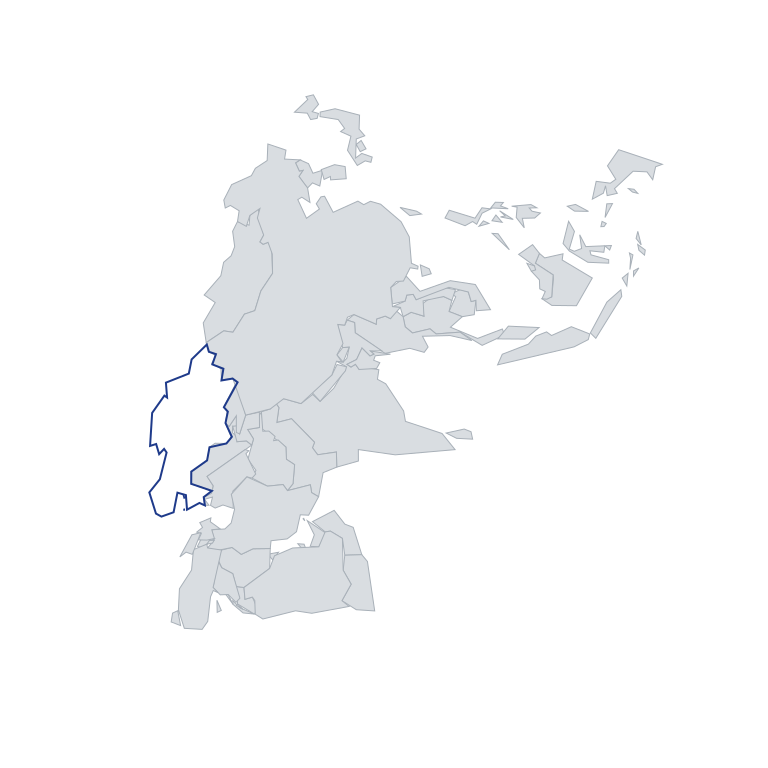 Asia, with Kazakhstan highlighted, rotated 286°
{"feature_id": "KAZ", "entity_name": "Kazakhstan", "entity_type": "country or territory", "adm_level": 0, "iso_a3": "KAZ", "parent_name": "Asia", "parent_adm1": "", "projection": "equal_earth", "projection_center": [65.802, 47.999], "detail": "coarse", "context": "in_parent", "style": "outline", "palette": "blue", "viewbox_px": 768, "rotation_deg": 286, "n_neighbors": 45, "source": "natural_earth", "source_scale": "50m", "svg_char_len": 13154}
<svg xmlns="http://www.w3.org/2000/svg" viewBox="0 0 768 768"><g transform="rotate(286 384 384)"><path d="M233.8,248.1L234.7,226.2L246.5,222.8L261.9,235.0L275.1,233.6L280.5,238.0L283.4,249.0L290.6,252.0L302.8,242.3L300.5,246.8L312.8,250.8L307.0,255.2L301.5,254.7L301.7,250.2L295.5,251.6L291.9,258.9L288.0,258.6L291.4,267.4L288.8,273.7L246.4,239.4L239.0,248.0L233.8,248.1Z" fill="#d9dde1" stroke="#a8b0b8" stroke-width="1"/><path d="M673.9,545.0L671.9,591.0L667.7,585.2L654.4,586.0L660.4,578.3L657.2,564.8L635.3,551.7L631.6,555.7L626.6,546.6L635.6,542.3L627.9,542.3L619.1,533.3L637.3,532.1L639.4,546.2L644.7,550.4L655.3,538.7L673.9,545.0ZM588.1,589.4L584.8,598.2L579.7,598.9L582.8,592.2L588.1,589.4ZM637.2,575.4L637.0,570.0L639.2,565.1L640.1,570.6L637.2,575.4ZM552.4,497.4L549.5,503.7L558.5,520.2L552.3,521.1L543.3,555.0L512.3,547.4L505.8,523.7L509.5,512.4L514.0,521.2L531.3,518.0L535.5,516.5L541.8,496.2L552.4,497.4ZM605.0,550.6L618.6,548.5L620.4,553.9L605.0,550.6ZM599.6,553.4L596.0,552.1L595.0,549.1L600.4,548.8L599.6,553.4ZM605.4,511.2L609.4,518.6L606.3,533.0L602.7,519.5L605.4,511.2ZM568.4,517.4L591.3,516.6L583.2,525.0L564.8,524.9L564.0,530.3L568.7,536.6L581.4,531.0L571.7,540.1L579.8,564.4L575.0,564.0L577.7,558.2L571.2,559.0L568.8,545.2L565.2,547.4L565.4,565.7L562.1,566.7L557.2,546.4L562.9,525.5L568.4,517.4ZM565.8,597.0L556.5,594.1L561.5,592.7L565.8,597.0ZM561.8,588.8L572.8,586.4L577.6,583.8L576.7,587.7L561.8,588.8ZM551.5,583.8L557.7,588.1L545.1,590.4L551.5,583.8ZM490.0,568.3L524.2,575.7L539.9,585.7L533.8,588.4L486.3,575.0L490.0,568.3ZM476.8,531.7L490.7,548.3L488.8,568.0L483.0,568.1L472.1,556.5L433.7,487.9L445.2,489.5L462.1,511.8L471.9,516.7L478.9,525.9L476.8,531.7Z" fill="#d9dde1" stroke="#a8b0b8" stroke-width="1"/><path d="M588.6,592.9L593.4,586.2L600.7,585.9L588.6,592.9Z" fill="#d9dde1" stroke="#a8b0b8" stroke-width="1"/><path d="M134.2,298.3L129.1,307.4L127.1,322.8L125.1,311.6L130.6,299.5L134.2,298.3Z" fill="#d9dde1" stroke="#a8b0b8" stroke-width="1"/><path d="M138.7,292.3L130.7,299.5L138.2,289.8L138.7,292.3Z" fill="#d9dde1" stroke="#a8b0b8" stroke-width="1"/><path d="M132.2,303.9L128.5,310.7L130.6,303.1L132.2,303.9Z" fill="#d9dde1" stroke="#a8b0b8" stroke-width="1"/><path d="M132.2,303.9L148.6,297.6L149.8,305.5L138.7,309.7L142.9,316.2L132.6,324.8L127.1,322.8L132.2,303.9Z" fill="#d9dde1" stroke="#a8b0b8" stroke-width="1"/><path d="M207.6,357.8L219.8,358.6L231.5,347.9L224.5,369.6L209.5,366.2L207.6,357.8Z" fill="#d9dde1" stroke="#a8b0b8" stroke-width="1"/><path d="M203.9,354.4L203.8,349.5L206.7,345.2L208.0,351.3L203.9,354.4Z" fill="#d9dde1" stroke="#a8b0b8" stroke-width="1"/><path d="M188.3,319.1L193.2,329.0L184.3,325.4L188.3,319.1Z" fill="#d9dde1" stroke="#a8b0b8" stroke-width="1"/><path d="M149.8,305.5L148.6,297.6L160.0,290.9L162.6,278.7L170.3,272.2L179.6,273.6L185.0,283.0L180.9,293.8L189.5,303.5L194.5,320.0L175.2,324.9L149.8,305.5Z" fill="#d9dde1" stroke="#a8b0b8" stroke-width="1"/><path d="M225.6,368.2L232.0,353.2L248.8,370.9L238.5,385.0L237.7,393.9L213.8,409.7L208.6,393.5L224.1,386.6L227.8,373.0L225.6,368.2ZM232.7,343.9L230.6,345.6L232.1,343.4L232.7,343.9Z" fill="#d9dde1" stroke="#a8b0b8" stroke-width="1"/><path d="M470.3,440.7L471.6,426.5L487.6,428.9L489.6,424.1L495.9,431.3L495.7,439.7L487.3,445.1L489.8,449.3L475.5,451.6L470.3,440.7Z" fill="#d9dde1" stroke="#a8b0b8" stroke-width="1"/><path d="M483.1,426.2L471.6,426.5L470.3,440.7L456.9,432.2L453.6,461.4L469.5,482.6L464.4,486.4L448.2,467.7L454.8,442.8L446.5,420.3L449.7,413.0L440.9,397.3L444.8,388.6L454.0,383.8L460.4,390.3L460.2,403.7L470.8,398.2L479.1,404.3L484.5,417.2L483.1,426.2Z" fill="#d9dde1" stroke="#a8b0b8" stroke-width="1"/><path d="M494.4,426.7L483.1,426.2L484.5,417.2L474.7,398.7L460.2,403.7L460.4,390.3L454.0,383.8L462.1,378.6L460.7,370.8L469.5,381.4L475.8,381.4L478.2,387.4L473.9,391.7L493.2,414.8L494.4,426.7Z" fill="#d9dde1" stroke="#a8b0b8" stroke-width="1"/><path d="M454.0,383.8L444.8,388.6L440.9,397.3L449.7,413.0L446.5,420.3L454.8,442.8L450.0,456.5L448.8,434.2L440.5,407.8L431.7,416.2L425.5,413.9L425.4,398.9L413.7,376.5L425.3,342.2L435.0,338.8L435.2,331.0L442.5,336.0L439.3,360.1L444.5,359.0L449.6,366.5L448.6,372.2L458.4,374.0L454.0,383.8Z" fill="#d9dde1" stroke="#a8b0b8" stroke-width="1"/><path d="M479.9,452.6L489.8,449.3L487.3,445.1L495.7,439.7L494.8,419.7L473.9,391.7L478.2,387.4L475.8,381.4L469.5,381.4L463.2,369.8L478.6,363.8L493.6,376.0L483.0,393.1L501.6,419.2L504.8,444.4L484.8,465.9L479.9,452.6Z" fill="#d9dde1" stroke="#a8b0b8" stroke-width="1"/><path d="M576.3,241.6L575.0,250.7L567.0,257.6L572.6,266.1L556.6,267.7L557.6,259.8L551.4,256.5L554.1,252.6L560.1,245.0L567.0,247.2L565.2,244.0L572.2,238.0L576.3,241.6Z" fill="#d9dde1" stroke="#a8b0b8" stroke-width="1"/><path d="M564.1,270.0L572.8,264.6L581.2,276.0L582.3,286.7L570.9,291.1L565.5,276.4L568.7,275.3L564.1,270.0Z" fill="#d9dde1" stroke="#a8b0b8" stroke-width="1"/><path d="M374.8,201.7L392.9,193.4L415.8,199.3L420.0,186.6L443.1,197.3L456.8,196.3L465.1,201.7L474.9,202.6L489.1,196.4L499.8,198.4L499.5,210.5L509.1,208.6L518.5,214.3L494.0,227.3L486.4,225.6L485.0,229.3L488.2,233.5L483.0,238.7L459.6,246.4L439.5,240.0L418.9,239.6L412.7,230.6L392.1,224.5L390.9,215.3L374.8,201.7Z" fill="#d9dde1" stroke="#a8b0b8" stroke-width="1"/><path d="M435.2,331.0L435.0,338.8L425.3,342.2L415.3,372.7L412.0,362.0L410.0,366.3L407.0,362.8L412.5,352.9L400.0,350.9L392.7,343.0L391.2,347.6L395.1,351.1L391.1,356.1L394.3,357.9L396.3,375.1L386.7,376.4L384.7,385.6L363.5,410.3L354.0,414.9L352.4,453.5L340.5,470.4L319.0,414.3L313.9,377.4L302.9,380.6L291.1,361.5L305.5,357.0L297.7,339.7L303.0,332.8L308.8,333.3L325.1,304.7L317.4,291.6L332.3,289.5L336.7,284.1L342.2,291.6L342.3,309.6L354.3,318.3L349.7,327.4L366.1,336.9L390.2,343.2L392.8,332.1L393.8,338.7L398.5,341.2L409.8,340.4L407.6,334.2L428.5,323.1L429.8,330.0L435.2,331.0Z" fill="#d9dde1" stroke="#a8b0b8" stroke-width="1"/><path d="M412.0,362.0L414.4,382.0L408.7,367.8L404.0,367.5L403.3,374.1L396.9,372.6L391.1,356.1L395.1,351.1L391.2,347.6L392.7,343.0L400.0,350.9L412.5,352.9L407.0,362.8L410.0,366.3L412.0,362.0Z" fill="#d9dde1" stroke="#a8b0b8" stroke-width="1"/><path d="M407.6,334.2L409.8,340.4L393.8,338.7L399.0,330.7L407.6,334.2Z" fill="#d9dde1" stroke="#a8b0b8" stroke-width="1"/><path d="M389.8,333.5L390.2,343.2L386.1,343.3L349.7,327.4L356.3,316.8L378.3,331.4L389.8,333.5Z" fill="#d9dde1" stroke="#a8b0b8" stroke-width="1"/><path d="M336.7,284.1L332.3,289.5L317.4,291.6L325.1,304.7L308.8,333.3L303.0,332.8L297.7,339.7L305.5,357.0L291.1,361.5L282.0,349.9L257.6,352.2L259.6,344.4L266.8,341.0L254.9,320.6L263.1,324.0L281.8,320.3L284.7,311.0L296.3,307.1L307.9,277.7L323.5,273.8L328.7,281.6L336.7,284.1Z" fill="#d9dde1" stroke="#a8b0b8" stroke-width="1"/><path d="M274.2,273.9L295.2,273.7L302.7,265.4L307.9,276.3L314.4,271.5L323.5,273.8L305.2,280.5L307.0,286.3L303.6,293.7L299.1,293.5L301.0,297.7L296.3,307.1L284.7,311.0L281.8,320.3L263.1,324.0L254.9,320.6L259.5,314.7L253.7,300.2L257.2,283.1L265.7,284.7L274.2,273.9Z" fill="#d9dde1" stroke="#a8b0b8" stroke-width="1"/><path d="M288.8,273.7L291.4,267.4L288.0,258.6L301.7,250.2L303.4,254.6L296.3,259.0L316.0,259.6L322.6,272.0L307.9,276.3L302.7,265.4L295.2,273.7L288.8,273.7Z" fill="#d9dde1" stroke="#a8b0b8" stroke-width="1"/><path d="M302.8,242.3L314.4,240.9L317.5,236.2L345.5,241.8L316.0,259.6L296.3,259.0L296.7,255.4L312.8,250.8L300.5,246.8L302.8,242.3Z" fill="#d9dde1" stroke="#a8b0b8" stroke-width="1"/><path d="M218.0,245.2L225.4,242.0L231.4,248.4L239.0,248.0L246.4,239.4L282.7,268.6L282.6,272.4L278.9,270.5L262.1,285.5L257.2,283.1L256.9,277.8L239.3,268.2L222.9,273.4L223.3,262.5L218.2,255.9L219.5,250.7L228.0,250.3L223.7,243.2L219.2,249.2L218.0,245.2Z" fill="#d9dde1" stroke="#a8b0b8" stroke-width="1"/><path d="M194.5,320.0L189.5,303.5L180.9,293.8L185.0,283.0L177.5,268.6L177.8,259.6L187.0,263.8L196.4,258.6L200.8,271.0L208.2,275.4L222.4,274.9L235.9,267.6L256.9,277.8L253.7,300.2L259.5,314.7L254.9,320.6L266.8,341.0L259.6,344.4L257.6,352.2L237.1,347.7L235.2,339.6L217.9,340.6L208.4,333.6L202.2,318.6L194.5,320.0Z" fill="#d9dde1" stroke="#a8b0b8" stroke-width="1"/><path d="M133.3,301.9L138.7,292.3L136.2,284.7L141.3,275.8L168.2,273.2L162.6,278.7L160.0,290.9L138.4,304.5L133.3,301.9Z" fill="#d9dde1" stroke="#a8b0b8" stroke-width="1"/><path d="M188.7,263.6L176.3,254.5L176.5,249.4L185.4,251.1L188.7,263.6Z" fill="#d9dde1" stroke="#a8b0b8" stroke-width="1"/><path d="M179.6,273.6L141.3,275.8L137.7,282.0L138.4,276.8L131.7,275.9L107.2,280.0L98.0,276.8L94.1,259.4L110.3,248.6L130.8,243.8L152.1,250.3L172.3,246.5L181.2,257.8L177.8,259.6L179.6,273.6ZM96.6,245.0L105.5,243.9L109.2,248.2L95.7,255.1L96.6,245.0Z" fill="#d9dde1" stroke="#a8b0b8" stroke-width="1"/><path d="M362.8,473.5L362.1,480.8L355.4,484.4L351.8,468.7L354.0,457.3L362.8,473.5Z" fill="#d9dde1" stroke="#a8b0b8" stroke-width="1"/><path d="M503.0,399.0L498.0,391.0L508.5,386.1L507.2,395.7L503.0,399.0ZM316.0,259.6L347.9,236.9L343.0,226.6L353.9,223.0L356.1,212.7L365.1,214.6L366.7,206.4L374.8,201.7L390.9,215.3L392.1,224.5L412.7,230.6L418.9,239.6L439.5,240.0L459.6,246.4L478.1,240.8L488.2,233.5L485.0,229.3L486.4,225.6L494.0,227.3L508.7,216.5L518.6,216.4L509.1,208.6L497.6,208.2L499.8,198.4L510.6,197.0L513.3,187.1L509.4,182.9L516.7,179.3L533.7,182.6L547.7,199.1L555.9,200.9L566.6,210.1L582.7,206.2L581.8,225.3L572.8,226.4L576.3,241.6L572.2,238.0L565.2,244.0L567.0,247.2L560.1,245.0L551.4,256.5L538.1,262.8L540.9,253.5L537.5,250.3L521.9,263.8L534.4,273.7L538.6,269.2L546.5,271.8L548.1,275.1L535.0,287.8L552.6,308.5L550.8,315.1L555.9,320.6L555.9,331.2L544.7,355.7L532.4,367.7L507.6,377.1L506.6,384.3L503.8,384.7L502.9,377.1L488.3,374.3L486.0,367.6L478.6,363.8L460.7,370.8L462.1,378.6L448.6,372.2L449.6,366.5L444.5,359.0L439.3,360.1L442.5,336.0L438.1,330.5L429.8,330.0L428.5,323.1L411.6,333.4L399.0,330.7L393.6,337.3L392.8,332.1L378.3,331.4L342.3,309.6L342.2,291.6L328.7,281.6L316.0,259.6Z" fill="#d9dde1" stroke="#a8b0b8" stroke-width="1"/><path d="M558.2,350.7L559.1,367.6L557.7,373.2L553.0,362.4L558.2,350.7Z" fill="#d9dde1" stroke="#a8b0b8" stroke-width="1"/><path d="M190.0,244.8L196.1,249.1L200.0,245.1L207.6,254.5L203.7,255.0L199.6,266.4L196.4,258.6L188.7,263.6L185.1,256.7L183.0,248.5L189.9,249.6L190.0,244.8ZM187.0,263.8L183.8,263.0L181.2,257.8L185.5,259.3L187.0,263.8Z" fill="#d9dde1" stroke="#a8b0b8" stroke-width="1"/><path d="M161.5,235.4L186.1,240.9L190.6,248.9L167.4,246.7L167.8,240.1L161.5,235.4Z" fill="#d9dde1" stroke="#a8b0b8" stroke-width="1"/><path d="M567.3,440.6L561.8,431.8L568.2,434.6L567.3,440.6ZM577.8,462.9L576.7,449.9L579.0,454.2L582.4,447.4L577.8,462.9ZM590.1,457.7L597.0,475.8L595.5,482.3L593.2,475.1L590.9,478.7L591.5,487.2L585.1,483.1L581.4,471.3L572.8,475.8L580.5,465.2L590.7,463.2L590.1,457.7ZM559.9,452.2L547.6,467.5L558.6,446.5L559.9,452.2ZM569.0,398.8L568.5,425.8L580.4,429.6L581.7,438.3L575.2,431.2L563.1,429.1L564.6,424.4L558.5,418.3L560.4,396.9L569.0,398.8ZM572.0,453.0L570.7,442.8L577.3,445.0L572.0,453.0ZM589.4,440.9L591.4,448.7L587.3,446.9L586.7,455.1L582.7,438.1L589.4,440.9Z" fill="#d9dde1" stroke="#a8b0b8" stroke-width="1"/><path d="M458.7,480.9L473.9,487.6L481.0,517.5L466.0,507.1L458.7,480.9ZM552.4,497.4L541.8,496.2L535.5,516.5L514.0,521.2L510.4,517.2L509.5,512.4L517.4,513.5L518.4,507.5L526.9,504.7L533.0,494.6L539.0,496.1L545.7,477.7L558.9,488.4L552.4,497.4Z" fill="#d9dde1" stroke="#a8b0b8" stroke-width="1"/><path d="M539.4,488.1L539.0,496.1L535.5,498.3L533.0,494.6L539.4,488.1Z" fill="#d9dde1" stroke="#a8b0b8" stroke-width="1"/><path d="M635.1,261.1L635.7,286.4L622.1,289.8L617.3,297.1L611.9,289.8L593.4,294.4L599.5,299.1L598.9,310.1L593.5,310.3L593.3,304.4L586.7,298.1L598.6,284.5L613.1,283.9L614.7,272.7L618.8,275.7L625.6,267.1L623.4,248.8L627.8,247.7L635.1,261.1ZM636.5,232.3L638.7,229.8L642.5,236.4L634.8,244.0L626.0,239.9L626.0,246.4L620.9,246.5L618.0,240.6L623.2,235.6L620.6,223.0L636.5,232.3ZM600.8,297.1L606.6,291.3L611.8,294.9L605.1,301.9L600.8,297.1Z" fill="#d9dde1" stroke="#a8b0b8" stroke-width="1"/><path d="M208.6,393.5L213.8,409.7L208.8,417.0L163.3,437.6L159.4,419.6L164.1,403.3L182.5,407.6L193.7,396.1L208.6,393.5Z" fill="#d9dde1" stroke="#a8b0b8" stroke-width="1"/><path d="M127.2,323.7L140.2,319.5L142.9,316.2L138.7,309.7L149.8,305.5L175.2,324.9L188.7,326.1L201.2,341.4L209.5,366.2L225.6,368.2L227.8,373.0L224.1,386.6L193.7,396.1L182.5,407.6L164.1,403.3L160.6,411.8L143.7,377.8L141.6,361.5L124.7,332.3L127.2,323.7Z" fill="#d9dde1" stroke="#a8b0b8" stroke-width="1"/><path d="M130.1,283.0L121.5,290.0L118.5,286.6L130.1,283.0Z" fill="#d9dde1" stroke="#a8b0b8" stroke-width="1"/><path d="M302.8,242.4L291.3,252.3L283.4,248.9L275.1,233.7L261.8,235.0L246.7,222.9L234.9,226.2L233.8,248.0L225.6,241.9L217.9,245.3L218.8,239.4L208.9,229.3L222.6,224.2L222.6,215.4L202.7,217.1L195.2,206.6L196.6,200.5L215.1,188.3L230.7,194.8L258.2,193.9L261.0,190.5L254.6,187.2L263.5,181.5L260.0,176.2L292.3,169.1L312.3,176.1L311.2,179.2L325.2,174.0L340.2,193.5L354.6,192.3L373.1,202.8L366.7,206.8L366.4,214.2L355.5,213.6L354.4,225.4L342.6,226.8L347.5,237.0L345.3,242.8L317.5,236.5L314.4,241.5L302.8,242.4ZM208.2,225.9L208.4,227.2L208.0,226.5L208.2,225.9ZM220.2,223.1L219.9,223.7L219.7,223.4L220.2,223.1Z" fill="none" stroke="#1e3a8a" stroke-width="2"/></g></svg>